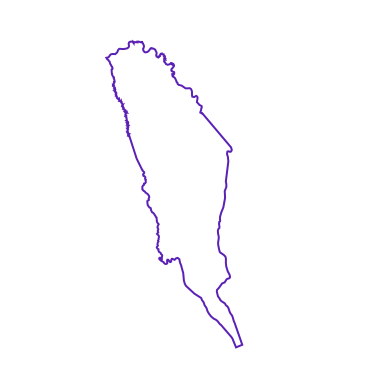 Olaya Herrera (Bocas De Satinga), Nariño, Colombia, rotated 164°
{"feature_id": "7082276B29400931083820", "entity_name": "Olaya Herrera (Bocas De Satinga)", "entity_type": "district", "adm_level": 2, "iso_a3": "COL", "parent_name": "Colombia", "parent_adm1": "Nariño", "projection": "natural_earth1", "projection_center": [-78.261, 2.338], "detail": "fine", "context": "isolated", "style": "outline", "palette": "violet", "viewbox_px": 384, "rotation_deg": 164, "n_neighbors": 0, "source": "geoboundaries", "source_scale": "gbopen_adm2", "svg_char_len": 6089}
<svg xmlns="http://www.w3.org/2000/svg" viewBox="0 0 384 384"><g transform="rotate(164 192 192)"><path d="M237.3,344.6L236.8,342.8L236.0,341.8L235.8,340.9L235.3,340.1L235.2,337.1L234.8,336.3L234.8,335.5L234.3,334.2L234.4,333.5L234.2,333.0L234.7,332.1L235.5,331.9L236.3,328.6L236.2,327.6L236.5,327.2L236.2,325.3L236.0,324.4L235.4,323.7L236.0,322.6L235.7,321.8L235.9,319.6L236.2,319.6L236.3,319.3L236.6,319.3L236.6,318.7L236.9,318.7L237.1,318.0L237.8,317.5L237.7,316.6L238.2,316.8L238.1,316.2L238.5,316.1L238.4,315.6L238.6,315.5L237.4,313.7L237.8,312.8L237.5,312.8L237.5,312.3L237.8,312.4L237.7,312.1L238.2,312.1L237.8,311.3L238.2,310.5L238.4,310.5L238.1,310.2L238.3,309.8L237.7,309.0L237.6,308.6L237.9,308.5L237.6,308.0L238.0,307.7L237.8,307.1L238.1,306.2L238.4,306.2L238.1,305.2L238.4,305.1L238.1,304.8L238.2,303.5L237.9,303.4L237.9,302.6L236.8,302.1L237.0,301.8L236.8,301.7L236.7,301.1L236.9,301.0L236.7,300.7L236.5,300.9L236.6,300.1L236.1,299.7L236.6,299.4L236.0,299.1L235.6,298.5L235.3,298.8L235.4,298.2L234.9,298.0L235.2,297.1L234.7,296.4L234.7,295.5L235.2,294.6L234.7,294.7L235.1,294.3L235.0,293.4L234.8,293.3L235.1,292.7L234.7,292.4L234.5,291.8L234.9,291.6L234.8,291.2L235.3,290.8L234.3,289.9L234.4,289.4L234.1,289.0L233.8,288.9L233.6,287.8L233.3,288.1L233.2,287.5L232.7,287.3L233.1,286.8L232.9,286.4L233.6,286.7L233.6,286.3L234.2,286.7L234.0,286.2L234.6,284.4L234.4,283.9L234.9,284.0L234.9,283.3L235.2,283.1L234.7,282.6L234.5,281.5L234.7,281.3L234.6,280.9L234.8,279.3L235.0,279.0L235.3,278.9L234.9,278.6L234.5,277.5L235.0,277.6L234.9,276.8L235.2,276.8L234.7,276.2L235.1,276.0L235.4,276.3L235.6,276.1L235.3,275.1L235.5,274.9L235.0,274.9L235.3,274.3L234.7,274.4L234.7,274.2L235.0,273.8L234.8,273.5L235.3,273.5L235.6,272.9L235.5,272.3L235.9,272.3L235.7,271.6L236.1,271.3L236.1,270.6L236.8,270.8L236.5,269.5L237.0,269.0L237.0,267.9L237.5,267.9L237.2,267.3L237.3,266.8L237.6,266.7L236.9,265.9L237.4,266.0L237.3,265.6L237.7,264.6L237.4,264.2L237.4,263.7L237.8,263.5L237.1,262.8L237.3,262.3L236.8,262.9L236.0,239.3L233.9,227.6L233.6,227.1L233.7,226.3L232.5,224.2L232.8,223.4L234.1,222.5L234.3,221.8L233.9,221.2L234.1,220.8L233.1,219.9L232.8,219.0L233.5,217.5L233.0,216.6L233.5,215.9L233.4,215.3L233.9,213.9L234.6,213.3L235.8,213.3L236.1,212.2L237.0,211.9L238.2,210.9L239.0,208.1L238.0,206.2L237.2,205.5L236.9,204.4L235.1,202.1L234.5,200.5L234.4,199.3L234.6,198.6L235.4,197.8L235.6,196.3L236.0,196.0L237.1,195.9L237.6,195.2L238.2,191.7L237.3,189.0L236.1,187.8L236.4,186.0L235.9,183.4L234.9,182.5L233.7,178.9L233.7,178.1L233.1,177.3L233.9,173.3L233.6,171.7L232.9,170.2L233.9,169.2L234.7,168.1L235.0,167.0L234.7,166.3L234.8,165.1L235.7,164.0L235.6,162.5L237.2,161.4L236.0,159.2L236.2,157.7L237.0,156.4L237.2,155.5L238.1,154.6L237.9,153.6L238.7,153.0L239.4,151.7L239.7,151.0L239.5,149.9L240.9,148.9L241.2,148.3L240.9,147.3L240.0,146.2L240.4,145.2L240.3,143.7L239.0,142.2L238.9,140.9L238.2,139.8L238.2,138.9L239.0,137.5L239.5,135.9L239.9,136.2L240.4,137.4L240.8,137.7L241.7,137.4L241.9,136.4L240.4,134.1L238.7,132.5L238.3,131.2L237.9,130.6L236.8,129.9L236.0,130.0L235.4,130.4L234.9,132.9L234.3,133.7L233.5,133.4L232.7,131.0L232.2,130.6L231.2,130.9L230.7,132.4L229.8,133.3L229.2,133.1L227.4,131.6L225.4,132.7L224.0,132.6L222.7,130.9L223.0,127.4L222.7,124.8L222.8,116.4L224.2,109.1L224.2,105.5L223.6,103.3L217.7,93.6L212.4,87.6L212.2,85.3L211.2,82.7L211.1,79.7L210.1,76.8L209.9,72.9L209.2,70.2L207.8,66.8L205.9,64.1L204.3,62.7L203.0,60.8L201.6,57.3L200.8,56.3L194.0,41.5L193.5,39.8L192.5,30.5L185.8,31.3L187.1,54.2L187.4,56.5L187.4,60.8L187.6,62.4L188.4,64.3L188.8,66.2L189.0,70.7L189.6,72.5L190.6,73.6L191.1,75.8L193.8,79.0L194.6,80.5L194.9,82.1L195.8,84.6L195.6,89.5L194.9,91.0L192.3,92.6L188.3,95.8L185.5,96.1L183.0,98.4L181.9,98.8L179.9,98.8L178.9,99.6L178.7,102.2L179.5,105.8L179.6,110.9L179.0,114.5L177.8,118.4L177.7,120.7L178.9,122.9L181.6,126.1L181.8,126.6L181.8,128.9L181.4,134.0L180.8,136.3L178.9,140.5L178.5,142.9L178.4,144.9L177.8,147.7L176.8,149.2L175.7,149.8L175.2,151.0L174.8,154.0L174.3,154.7L174.2,155.6L173.2,156.1L172.7,157.0L172.6,158.5L171.8,160.5L169.7,164.0L166.1,168.6L161.8,177.3L160.3,183.8L157.6,187.4L156.8,190.2L156.6,192.7L148.6,211.5L147.8,216.0L147.9,218.4L147.7,219.4L146.8,221.1L145.8,221.1L144.3,220.1L143.2,220.2L142.2,221.4L142.1,224.0L160.4,264.8L160.7,264.6L161.1,265.3L162.1,265.9L162.1,266.3L160.7,268.2L160.1,269.7L159.2,270.8L159.1,272.0L160.8,273.6L162.5,277.1L160.8,280.7L160.6,281.7L161.0,282.8L161.4,283.2L163.7,282.7L165.4,283.5L165.4,284.6L164.3,288.8L164.5,291.1L165.4,292.3L169.6,293.4L172.6,297.1L175.3,298.7L176.0,299.9L175.9,301.0L176.5,301.9L176.4,302.8L177.0,306.4L178.0,307.7L178.6,308.2L178.8,309.2L178.5,310.8L177.7,310.7L177.4,309.8L176.5,310.6L176.1,312.0L176.3,312.4L177.6,313.1L178.2,313.9L178.0,314.3L178.3,314.8L178.0,315.6L175.0,317.6L174.4,318.5L174.5,319.8L174.7,320.4L176.2,321.6L176.4,321.5L176.3,320.5L176.9,321.3L177.1,320.9L177.7,321.2L178.8,320.9L180.3,321.0L181.7,322.1L181.9,323.1L182.8,325.0L182.4,325.2L182.4,326.2L181.8,326.3L182.1,326.8L182.1,327.2L181.3,326.8L181.5,327.6L180.8,327.7L181.3,329.2L180.9,329.1L180.6,329.9L181.0,330.2L181.4,329.6L181.6,329.8L181.2,330.8L181.3,332.1L182.0,332.2L182.2,332.6L182.5,332.6L182.7,333.2L183.2,332.8L184.0,333.4L185.2,332.3L185.4,331.5L185.9,331.5L186.3,331.0L186.8,331.3L187.4,330.8L187.6,331.4L187.9,331.3L188.3,331.8L188.7,331.9L188.7,333.5L187.9,334.7L187.6,336.1L188.0,337.5L188.0,338.5L188.2,339.1L189.2,340.1L190.0,340.8L190.6,340.8L191.0,341.3L191.4,341.1L191.8,341.5L192.2,341.5L194.6,339.6L196.2,338.9L198.0,339.0L199.0,339.5L199.7,341.1L199.6,343.1L199.0,343.6L198.0,345.2L197.9,345.8L198.2,348.6L198.7,349.2L198.6,350.0L199.2,350.2L199.8,350.0L201.9,351.3L203.1,351.6L203.2,350.9L205.7,351.9L206.4,351.4L207.0,352.4L207.2,351.5L207.6,352.5L208.8,353.3L210.1,353.5L210.5,353.2L211.2,353.2L212.1,351.9L212.1,350.8L212.5,349.3L213.0,348.6L213.7,348.3L215.2,347.9L218.6,348.3L222.1,349.6L222.7,349.6L223.9,348.8L225.4,346.9L227.7,345.7L230.4,346.6L232.0,346.7L233.2,346.1L233.9,345.4L235.2,344.5L237.3,344.6Z" fill="none" stroke="#5b21b6" stroke-width="2"/></g></svg>